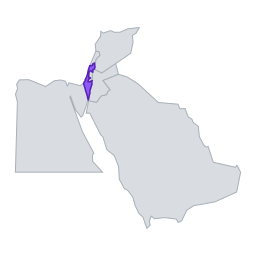 Israel highlighted among its neighbors
{"feature_id": "ISR", "entity_name": "Israel", "entity_type": "country or territory", "adm_level": 0, "iso_a3": "ISR", "parent_name": "Asia", "parent_adm1": "", "projection": "equal_earth", "projection_center": [35.212, 31.447], "detail": "fine", "context": "with_neighbors", "style": "filled", "palette": "violet", "viewbox_px": 256, "rotation_deg": 0, "n_neighbors": 6, "source": "natural_earth", "source_scale": "50m", "svg_char_len": 2957}
<svg xmlns="http://www.w3.org/2000/svg" viewBox="0 0 256 256"><path d="M94.6,63.9L89.8,65.6L95.9,51.2L99.0,51.7L100.1,55.3L96.4,58.8L94.6,63.9Z" fill="#d9dde1" stroke="#a8b0b8" stroke-width="1"/><path d="M91.7,80.6L88.4,81.9L88.7,79.4L90.5,78.1L88.7,77.1L90.2,70.8L92.7,72.1L91.7,80.6Z" fill="#d9dde1" stroke="#a8b0b8" stroke-width="1"/><path d="M92.7,72.1L93.9,69.2L101.8,72.9L115.5,63.0L118.5,74.3L103.0,80.5L110.2,89.9L107.8,91.5L106.7,94.7L101.3,96.0L96.5,102.4L88.6,100.8L88.3,99.5L91.9,84.3L92.7,72.1Z" fill="#d9dde1" stroke="#a8b0b8" stroke-width="1"/><path d="M93.9,69.2L96.4,58.8L100.1,55.3L99.0,51.7L95.9,51.2L95.2,44.2L100.5,36.4L100.9,31.3L103.1,33.1L110.7,30.6L114.4,32.3L120.0,32.2L127.9,28.8L139.3,27.6L136.0,33.2L132.3,35.5L133.1,42.2L130.7,53.3L101.8,72.9L93.9,69.2Z" fill="#d9dde1" stroke="#a8b0b8" stroke-width="1"/><path d="M88.6,100.8L96.5,102.4L101.3,96.0L106.7,94.7L107.8,91.5L110.2,89.9L103.0,80.5L118.5,74.3L127.0,76.9L137.7,83.5L158.3,102.5L178.0,104.2L179.9,108.8L185.0,108.5L188.2,116.8L191.8,119.0L193.2,122.4L198.3,126.4L199.4,136.9L203.9,145.2L206.2,147.1L208.1,146.4L213.3,162.3L235.6,167.3L236.9,165.2L240.6,172.2L236.7,192.0L214.8,201.9L193.6,205.7L186.8,210.2L181.7,220.7L178.2,222.4L176.3,219.1L164.9,217.6L154.3,218.7L151.2,216.1L149.3,221.0L150.1,225.2L146.9,228.4L142.9,217.1L139.0,213.6L135.0,205.2L132.8,197.1L127.6,190.2L124.3,188.6L119.3,179.2L118.6,166.5L114.3,155.6L106.9,149.8L102.9,136.9L100.7,134.8L89.8,113.2L86.2,113.2L88.6,100.8Z" fill="#d9dde1" stroke="#a8b0b8" stroke-width="1"/><path d="M102.5,172.2L15.4,172.2L17.4,102.0L15.5,94.3L17.6,88.4L16.6,84.4L19.4,79.9L28.8,79.7L45.7,86.5L54.2,80.8L60.4,80.0L65.5,81.2L67.3,85.9L69.0,82.8L80.2,85.6L83.7,83.2L88.3,99.5L82.8,115.5L81.1,117.2L75.5,109.8L70.5,96.1L69.8,97.0L82.4,131.7L93.9,153.3L92.4,155.0L92.7,161.4L102.5,172.2Z" fill="#d9dde1" stroke="#a8b0b8" stroke-width="1"/><path d="M94.8,62.6L94.6,63.1L94.4,63.4L94.4,63.8L94.5,64.1L94.6,64.5L94.7,65.0L94.7,65.5L94.8,65.7L94.9,66.6L95.1,67.0L94.8,67.6L94.7,68.2L94.4,69.0L94.1,69.0L93.2,69.4L93.1,69.6L92.9,69.8L92.9,70.0L92.8,72.1L92.3,72.1L91.7,71.6L91.6,71.2L91.4,71.1L91.0,71.0L90.2,70.8L89.3,71.5L89.0,72.7L88.9,73.2L88.6,74.3L88.7,75.0L88.7,75.9L88.8,76.7L88.7,77.1L88.6,77.3L88.6,77.5L88.8,77.6L89.3,77.4L89.8,77.6L90.3,77.9L90.3,78.2L90.0,78.3L89.1,78.9L88.5,79.6L88.4,80.2L88.0,81.5L88.0,81.8L89.6,81.8L90.8,81.3L91.8,80.7L92.1,80.7L91.9,82.2L91.7,83.1L91.8,83.2L92.0,84.0L91.6,85.4L91.1,86.6L91.0,87.1L90.6,88.3L90.1,89.8L89.9,90.7L89.9,91.1L89.8,92.9L89.9,93.4L89.4,94.9L89.2,95.7L89.0,96.7L88.7,98.9L88.2,99.7L87.9,98.9L87.4,96.5L87.0,94.9L86.4,92.9L85.5,90.5L85.4,89.9L85.3,89.1L84.6,86.9L84.1,85.3L83.5,83.3L84.3,82.5L84.3,81.8L85.5,80.3L85.5,80.1L85.2,79.7L86.6,76.8L87.5,74.0L88.3,70.1L88.9,68.1L89.4,66.8L89.7,65.7L90.5,65.6L91.1,65.7L91.8,65.8L92.4,65.4L92.6,64.1L93.0,63.9L93.1,64.2L93.3,63.9L94.0,63.4L94.4,63.0L94.8,62.6Z" fill="#8b5cf6" stroke="#5b21b6" stroke-width="1.5"/></svg>